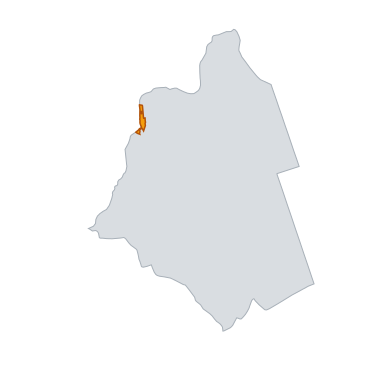 where South-East sits in Botswana, rotated 162°
{"feature_id": "BWA-2648", "entity_name": "South-East", "entity_type": "District", "adm_level": 1, "iso_a3": "BWA", "parent_name": "Botswana", "parent_adm1": "", "projection": "equal_earth", "projection_center": [25.773, -25.011], "detail": "fine", "context": "in_parent", "style": "filled", "palette": "amber", "viewbox_px": 384, "rotation_deg": 162, "n_neighbors": 0, "source": "natural_earth", "source_scale": "10m", "svg_char_len": 3644}
<svg xmlns="http://www.w3.org/2000/svg" viewBox="0 0 384 384"><g transform="rotate(162 192 192)"><path d="M205.6,50.2L205.2,51.8L204.8,54.1L205.2,55.8L206.2,58.1L207.6,60.1L208.6,61.3L209.8,64.2L211.1,67.9L212.7,70.8L217.5,77.4L218.1,79.8L218.7,82.1L221.7,86.6L222.2,88.1L222.0,91.1L225.1,100.3L227.1,105.6L228.8,106.6L234.3,112.2L239.1,116.8L244.7,119.9L248.8,121.9L250.9,123.4L251.9,124.8L252.7,127.5L253.1,132.2L253.2,135.3L257.7,135.2L261.3,135.5L262.6,136.1L263.1,136.9L263.0,139.0L263.0,142.0L263.2,144.4L262.8,147.0L262.5,150.0L262.3,153.8L262.9,155.2L266.4,160.0L267.8,163.0L269.4,167.7L270.3,169.2L271.0,169.8L274.2,170.3L282.4,172.2L287.5,174.0L291.5,175.8L293.1,176.3L293.9,176.8L294.2,177.3L293.7,181.3L293.8,182.6L294.3,183.8L295.0,184.7L295.8,185.2L298.8,185.7L300.6,188.1L301.8,189.3L296.3,189.9L293.5,191.9L291.9,195.6L289.4,198.3L286.1,200.0L282.5,201.1L278.7,201.8L274.7,204.9L270.4,210.5L268.2,214.1L268.1,215.5L267.2,216.8L265.3,217.9L264.3,219.1L264.1,220.6L263.1,221.4L261.4,221.3L260.2,222.4L259.5,224.6L258.0,226.0L255.7,226.5L253.7,227.7L252.0,229.8L250.7,230.8L249.8,230.9L248.3,232.5L246.0,236.5L245.7,238.3L242.5,253.2L240.7,254.9L237.4,258.0L234.7,261.6L233.5,263.8L232.3,264.8L226.1,266.6L223.8,267.5L221.0,268.9L220.3,270.2L219.6,274.7L217.7,281.3L216.2,286.1L215.2,290.3L213.4,295.5L211.9,297.3L210.2,298.9L208.0,299.7L204.9,300.2L202.1,300.0L199.9,300.1L196.9,301.9L194.2,302.0L189.7,301.0L186.1,300.0L184.5,299.7L181.3,296.3L179.3,296.4L176.2,296.1L174.4,295.4L172.8,293.6L169.2,290.2L165.8,287.4L162.7,285.8L159.8,285.0L157.1,285.7L155.0,286.4L154.2,286.8L152.6,288.2L150.9,290.9L149.6,295.2L149.1,297.8L147.6,303.3L145.6,309.9L144.6,311.8L143.5,313.2L141.7,314.4L135.9,319.7L133.1,325.6L131.3,327.3L129.1,328.1L127.2,328.6L126.2,329.6L125.1,332.5L124.1,333.6L123.0,334.0L119.6,333.6L118.6,333.3L109.7,333.9L107.0,333.0L105.1,332.6L102.1,333.8L100.9,333.0L99.8,330.5L99.2,325.6L99.3,321.4L100.9,318.2L102.2,315.8L103.5,312.8L103.7,311.4L103.4,310.2L103.1,307.6L102.9,305.1L100.9,299.4L98.5,292.0L95.2,283.6L94.2,281.3L92.2,277.7L84.7,270.8L83.6,269.8L83.6,269.1L83.5,262.3L83.3,253.4L83.2,244.5L83.0,235.6L82.9,226.6L82.7,217.7L82.6,208.7L82.5,199.8L82.3,190.8L82.2,183.2L87.6,183.2L94.2,183.2L102.0,183.2L105.5,183.2L105.7,182.0L105.6,176.4L105.4,163.6L105.3,150.7L105.1,137.9L105.0,125.0L104.8,112.1L104.7,99.2L104.5,86.3L104.4,73.3L104.3,66.9L110.4,66.5L117.4,65.2L128.8,63.1L139.4,60.5L146.3,58.9L154.5,57.1L157.4,56.8L158.1,57.0L159.2,57.6L163.1,64.1L165.5,69.1L166.0,71.2L166.4,71.4L167.5,71.1L168.8,70.3L172.7,65.3L173.5,64.1L175.9,61.7L178.9,59.2L181.6,57.5L184.3,56.1L185.6,56.4L187.1,57.7L188.4,58.5L194.6,52.5L197.3,51.1L204.6,50.0L205.6,50.2Z" fill="#d9dde1" stroke="#a8b0b8" stroke-width="1"/><path d="M226.9,266.2L223.4,267.6L222.6,268.3L222.3,268.5L221.1,268.4L220.3,268.8L220.1,268.8L220.0,269.7L220.2,272.0L220.2,273.2L220.0,274.2L219.3,276.1L219.2,277.3L218.5,278.8L218.0,280.8L216.0,286.4L215.3,290.4L215.0,291.1L212.6,289.9L212.5,289.5L212.5,289.2L215.1,277.9L215.2,277.5L215.2,277.1L214.7,276.9L214.0,277.0L213.8,277.0L213.8,276.8L214.5,274.1L214.6,273.3L214.6,272.8L214.8,272.6L215.1,272.1L215.4,271.8L215.8,269.6L219.2,265.0L219.4,265.9L219.5,267.0L219.8,267.7L220.6,267.9L221.1,267.7L222.1,267.7L222.7,266.7L222.7,265.9L223.8,263.8L223.8,263.1L225.7,264.6L226.7,265.8L226.9,266.2L226.9,266.2ZM215.8,282.4L215.8,282.1L215.7,282.1L215.6,282.4L215.5,282.9L215.5,283.4L215.4,283.7L215.2,284.1L215.4,284.1L215.7,284.0L215.8,284.2L216.1,284.0L216.2,283.7L216.2,283.4L216.0,283.2L216.1,282.9L216.2,282.7L216.1,282.4L215.8,282.4Z" fill="#f59e0b" stroke="#b45309" stroke-width="1.5"/></g></svg>